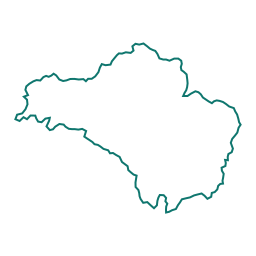 the district of Piacatu, São Paulo, Brazil
{"feature_id": "56859067B18730423511926", "entity_name": "Piacatu", "entity_type": "district", "adm_level": 2, "iso_a3": "BRA", "parent_name": "Brazil", "parent_adm1": "São Paulo", "projection": "orthographic", "projection_center": [-50.65, -21.576], "detail": "fine", "context": "isolated", "style": "outline", "palette": "teal", "viewbox_px": 256, "rotation_deg": 0, "n_neighbors": 0, "source": "geoboundaries", "source_scale": "gbopen_adm2", "svg_char_len": 2333}
<svg xmlns="http://www.w3.org/2000/svg" viewBox="0 0 256 256"><path d="M227.9,160.2L227.7,156.9L228.4,154.0L231.7,152.2L232.9,148.6L231.8,145.6L230.8,142.8L232.2,138.9L234.9,135.7L237.3,132.6L238.6,127.7L240.6,124.7L239.1,122.2L238.3,118.6L237.1,114.5L235.2,111.4L233.8,108.1L229.2,106.5L226.0,104.0L223.0,102.0L219.6,100.9L216.7,100.4L214.0,101.3L211.9,103.2L208.8,101.5L202.9,97.5L200.8,94.3L198.4,92.2L195.4,91.3L191.0,93.6L187.5,96.0L183.2,96.0L184.6,92.8L186.2,90.3L187.1,87.2L187.6,83.3L187.3,80.0L186.6,74.4L183.7,71.7L181.4,70.1L180.8,67.1L181.8,63.8L181.2,60.7L178.3,58.6L174.2,58.6L169.5,60.7L166.0,59.5L163.1,59.5L159.4,58.4L157.4,53.9L155.3,50.9L152.6,49.9L149.9,48.6L147.3,46.4L143.5,43.5L139.2,44.6L135.5,43.8L132.4,46.3L133.5,50.6L130.7,52.9L125.8,52.3L122.0,53.6L118.9,53.4L116.9,55.2L114.5,58.1L111.9,61.3L110.5,64.6L105.5,65.2L101.8,64.1L99.9,67.6L98.4,72.2L95.2,76.4L91.7,78.8L88.1,78.8L85.9,81.2L83.4,79.1L78.8,79.5L74.3,78.9L70.2,79.0L66.4,80.4L63.1,81.0L59.3,79.5L56.2,75.4L53.6,73.7L51.3,75.6L48.7,76.8L46.1,75.9L43.4,77.1L40.3,80.5L36.5,80.1L33.4,81.3L29.3,83.8L26.3,86.4L25.4,89.9L28.0,95.1L23.9,96.7L27.0,99.7L27.5,104.3L25.5,109.2L22.2,113.4L17.1,114.7L15.4,119.2L19.6,121.0L23.5,117.2L27.0,119.2L30.5,115.5L35.3,115.6L36.2,118.3L38.1,121.6L41.6,122.2L45.4,118.6L49.8,117.8L49.2,120.6L46.5,126.4L49.8,130.1L53.0,129.3L55.2,126.7L59.4,124.0L63.7,124.6L65.5,126.7L68.8,128.8L71.7,129.1L74.5,129.1L78.4,129.6L82.2,128.9L86.1,131.0L84.3,136.6L87.4,138.7L92.4,142.0L94.5,144.2L97.9,144.9L100.4,146.5L103.5,148.9L108.2,150.3L110.0,153.3L113.0,153.0L116.1,155.0L119.6,156.9L122.0,162.0L127.6,166.2L128.3,170.1L130.8,172.3L133.6,174.6L136.6,175.6L136.1,178.6L135.5,182.5L135.6,187.0L138.4,190.0L139.2,193.0L139.6,196.3L140.6,199.0L143.2,202.8L147.3,202.1L150.8,205.4L154.0,208.2L156.9,205.3L157.4,200.9L158.4,197.6L159.8,195.0L163.7,195.2L166.1,197.9L165.4,201.3L167.3,203.7L166.2,206.5L166.0,209.4L166.1,212.5L169.1,211.8L172.1,210.2L175.9,209.0L178.0,205.1L179.9,202.5L181.9,199.3L186.4,198.2L190.0,197.4L194.1,195.4L197.9,194.4L201.6,193.5L204.5,195.7L207.4,198.8L211.2,196.8L211.8,192.9L214.7,192.1L217.3,189.4L218.2,185.8L220.3,183.9L223.0,183.6L222.5,180.8L223.1,177.8L223.7,173.8L221.9,170.7L221.6,167.7L225.4,166.0L225.8,163.0L225.1,159.9L227.9,160.2Z" fill="none" stroke="#0f766e" stroke-width="2"/></svg>